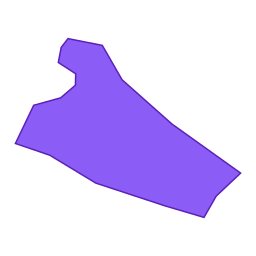 the Metropolitan Borough of Newcastle upon Tyne
{"feature_id": "GBR-5661", "entity_name": "Newcastle upon Tyne", "entity_type": "Metropolitan Borough", "adm_level": 1, "iso_a3": "GBR", "parent_name": "United Kingdom", "parent_adm1": "", "projection": "orthographic", "projection_center": [-1.647, 55.013], "detail": "fine", "context": "isolated", "style": "filled", "palette": "violet", "viewbox_px": 256, "rotation_deg": 0, "n_neighbors": 0, "source": "natural_earth", "source_scale": "10m", "svg_char_len": 328}
<svg xmlns="http://www.w3.org/2000/svg" viewBox="0 0 256 256"><path d="M68.0,38.6L102.3,45.4L122.1,79.8L171.9,124.0L240.6,173.1L216.2,196.1L204.0,217.4L165.4,206.0L95.8,183.1L49.7,155.2L15.4,143.5L33.7,105.3L60.7,97.8L75.4,85.2L75.7,73.8L58.3,62.5L61.2,47.4L68.0,38.6Z" fill="#8b5cf6" stroke="#5b21b6" stroke-width="1.5"/></svg>